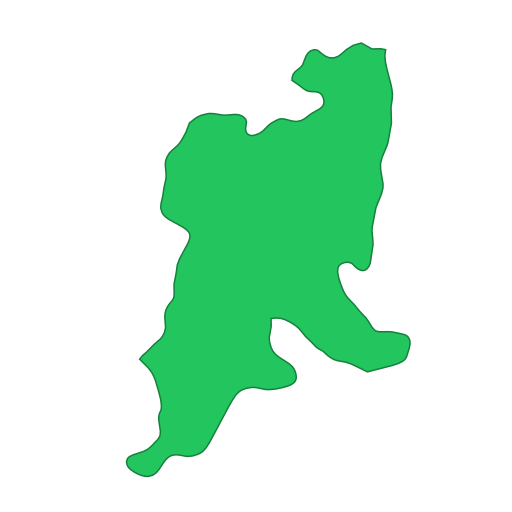 the district of Fantino, Sánchez Ramírez, Dominican Republic, rotated 344°
{"feature_id": "3306468B63590922856333", "entity_name": "Fantino", "entity_type": "district", "adm_level": 2, "iso_a3": "DOM", "parent_name": "Dominican Republic", "parent_adm1": "Sánchez Ramírez", "projection": "albers", "projection_center": [-70.302, 19.098], "detail": "fine", "context": "isolated", "style": "filled", "palette": "green", "viewbox_px": 512, "rotation_deg": 344, "n_neighbors": 0, "source": "geoboundaries", "source_scale": "gbopen_adm2", "svg_char_len": 3783}
<svg xmlns="http://www.w3.org/2000/svg" viewBox="0 0 512 512"><g transform="rotate(344 256 256)"><path d="M416.0,80.3L407.5,80.3L399.8,82.5L393.3,85.6L389.9,86.7L386.1,87.0L384.2,86.7L380.8,85.4L378.1,83.3L375.9,80.8L372.4,75.8L371.3,74.8L369.8,74.1L368.2,73.7L364.7,73.9L361.7,75.4L359.2,77.6L353.3,85.3L350.6,87.0L344.5,89.6L341.9,91.5L340.1,94.1L339.0,97.1L343.9,103.0L348.2,108.8L350.5,111.2L353.3,112.8L359.2,114.8L362.0,116.6L363.0,118.0L363.7,119.5L364.3,122.9L363.9,126.4L363.1,128.1L362.1,129.6L360.7,130.8L357.5,132.2L348.7,134.3L340.4,137.5L336.7,138.2L332.9,138.0L331.0,137.5L327.4,135.9L320.8,132.0L317.3,130.9L315.6,130.8L312.4,131.3L307.0,132.6L303.5,134.1L297.3,137.6L293.8,138.9L288.4,139.5L284.9,139.0L283.4,138.2L282.0,137.0L281.1,135.5L280.7,133.9L281.0,130.9L283.9,124.3L283.8,121.9L283.4,120.7L281.9,118.4L279.5,116.2L278.0,115.3L274.4,114.0L266.8,112.5L263.0,111.4L254.6,107.5L250.8,106.2L248.8,105.9L242.7,105.6L238.6,106.1L235.0,107.2L228.7,109.8L222.7,117.8L217.2,123.4L214.3,125.9L211.3,128.0L204.4,131.3L201.2,133.1L198.4,135.6L196.1,138.5L195.1,140.1L193.8,143.9L192.3,151.7L191.3,155.5L189.7,158.9L186.1,165.5L182.9,172.7L179.4,179.0L178.0,182.4L177.6,184.3L177.7,188.3L178.2,190.3L179.0,192.1L180.0,193.8L182.5,197.0L192.7,207.1L196.4,211.5L198.0,214.8L198.3,216.6L198.0,218.5L197.4,220.2L196.5,221.8L194.2,224.8L181.4,238.0L177.8,243.0L174.6,250.3L169.5,260.3L167.0,269.4L165.8,272.7L164.8,274.1L163.7,275.3L159.5,278.2L156.9,280.4L154.5,283.1L152.7,286.2L151.4,289.9L149.4,299.5L148.6,301.3L146.7,304.5L144.1,307.3L141.1,309.5L134.0,312.7L124.5,318.1L119.5,320.4L115.7,323.1L121.6,333.8L123.7,339.3L124.6,343.7L125.0,348.1L125.1,359.3L124.8,368.0L123.8,374.0L122.5,377.4L119.7,380.9L118.2,383.6L117.3,387.0L115.8,398.0L114.6,401.4L113.7,402.9L111.0,405.3L103.3,409.8L99.9,411.4L98.2,412.0L94.2,412.8L82.8,413.3L79.4,413.9L77.8,414.5L76.3,415.7L75.2,417.3L74.6,419.1L74.5,421.0L74.8,422.9L75.5,424.8L76.5,426.5L78.9,429.6L81.8,432.5L85.0,435.1L88.6,437.2L90.6,437.9L92.7,438.3L96.7,438.2L100.5,436.8L103.9,434.5L110.0,429.3L113.2,426.9L116.7,425.1L118.6,424.7L120.5,424.5L124.3,425.0L127.6,426.3L133.9,429.4L135.8,430.0L139.7,430.7L145.8,430.6L149.7,429.7L151.7,428.8L155.4,426.4L160.4,422.0L187.2,394.3L193.6,388.0L198.7,383.8L202.5,381.8L204.5,381.1L206.5,380.8L210.5,380.5L216.5,381.3L220.2,382.7L228.4,387.0L232.3,388.2L238.5,389.3L244.7,389.8L250.7,389.8L254.4,389.4L257.9,388.1L259.4,386.9L260.6,385.3L261.4,383.5L261.9,379.8L261.6,376.0L261.1,374.1L260.4,372.3L258.2,368.7L250.0,359.3L247.6,355.8L246.0,352.0L245.3,348.0L245.4,341.9L246.3,337.9L251.2,327.9L253.3,320.2L259.2,321.4L262.8,322.9L266.1,325.0L270.5,328.9L274.4,333.3L276.7,336.5L278.5,340.1L281.5,347.2L285.3,353.6L288.6,359.9L290.6,362.5L294.0,365.8L297.6,371.6L299.8,374.4L302.4,377.0L305.5,379.1L312.5,382.5L317.2,385.6L321.6,389.4L331.2,398.1L357.3,398.8L363.8,398.5L367.7,397.7L369.6,397.0L371.3,396.0L372.7,394.7L377.4,387.7L379.8,383.2L380.6,379.7L380.4,377.9L380.0,376.1L379.1,374.4L377.9,373.1L375.1,371.3L365.8,366.4L362.3,365.2L353.5,362.8L350.5,361.0L349.4,359.6L347.9,356.4L345.9,349.3L344.6,345.8L340.3,337.5L337.2,330.2L332.8,321.8L331.3,317.9L330.4,313.5L329.7,306.8L329.5,300.2L330.0,294.0L331.4,290.3L332.6,288.7L334.2,287.6L336.0,287.0L339.4,286.7L342.8,287.4L345.6,289.1L346.6,290.3L348.8,294.3L350.5,296.7L352.8,298.6L354.2,299.3L355.9,299.7L357.6,299.5L359.1,299.0L361.8,297.0L363.9,294.3L371.6,277.4L372.6,273.4L374.5,263.5L375.9,259.8L384.6,242.6L393.7,231.0L396.8,225.6L398.0,221.7L399.6,207.5L401.1,201.6L404.2,196.2L412.1,186.3L414.4,182.8L422.8,165.7L426.8,150.2L430.5,142.0L431.9,137.7L432.6,133.2L433.0,128.6L433.4,112.1L433.9,105.1L435.2,98.5L437.5,93.4L432.9,91.1L424.6,89.0L416.0,80.3Z" fill="#22c55e" stroke="#15803d" stroke-width="1.5"/></g></svg>